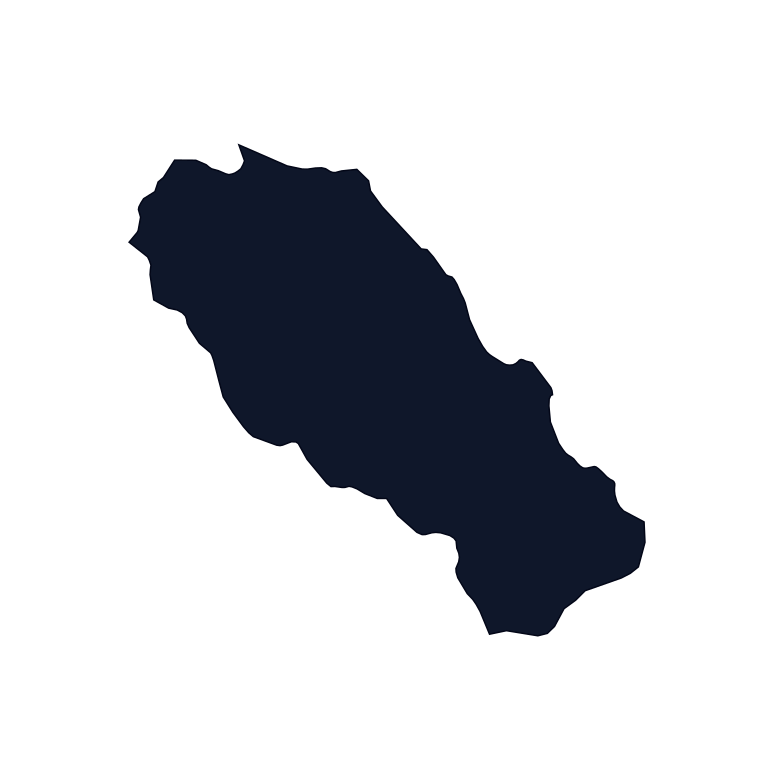 the border of Bumthang, rotated 151°
{"feature_id": "BTN-2480", "entity_name": "Bumthang", "entity_type": "District", "adm_level": 1, "iso_a3": "BTN", "parent_name": "Bhutan", "parent_adm1": "", "projection": "equal_earth", "projection_center": [90.682, 27.708], "detail": "fine", "context": "isolated", "style": "filled", "palette": "ink", "viewbox_px": 768, "rotation_deg": 151, "n_neighbors": 0, "source": "natural_earth", "source_scale": "10m", "svg_char_len": 2302}
<svg xmlns="http://www.w3.org/2000/svg" viewBox="0 0 768 768"><g transform="rotate(151 384 384)"><path d="M250.2,100.7L260.3,99.0L270.4,99.3L308.3,105.7L321.2,102.0L335.5,100.2L352.4,89.3L362.0,86.7L371.5,89.2L396.5,108.9L413.0,114.0L410.2,138.5L410.2,146.4L410.8,152.7L412.8,160.3L413.4,178.7L412.1,184.5L410.5,187.8L404.8,192.3L402.1,195.8L400.6,199.7L399.9,205.1L397.0,211.8L397.6,215.4L399.8,219.5L406.6,226.4L410.6,229.1L414.3,230.7L420.8,232.3L423.7,233.8L427.1,238.3L435.7,262.5L437.2,282.6L445.4,287.2L453.9,297.5L458.4,305.3L461.8,309.5L464.2,311.5L468.3,312.5L470.8,313.8L476.6,318.2L480.1,320.0L482.1,325.0L487.8,355.3L487.8,373.5L489.1,376.0L493.0,378.4L502.2,379.7L504.8,380.5L507.5,382.5L523.8,401.3L525.9,406.9L527.6,414.8L529.9,432.5L530.9,450.6L526.8,466.9L521.5,487.2L520.6,492.4L520.5,495.3L525.7,509.1L527.1,527.7L526.7,532.5L525.2,536.5L524.7,539.9L525.9,544.2L529.0,549.0L535.6,554.8L544.6,569.2L535.6,593.0L532.9,597.2L530.2,600.9L529.3,606.1L529.1,609.8L538.2,631.6L526.4,636.2L524.5,637.5L516.0,647.9L514.2,655.6L512.5,657.7L508.8,660.2L504.4,662.6L491.1,663.3L483.6,670.2L476.8,671.5L458.6,681.3L440.1,670.9L433.2,661.9L431.9,658.5L430.5,655.8L425.5,650.9L420.6,644.6L418.2,642.3L414.7,641.2L411.9,640.8L408.6,641.0L404.9,641.6L401.0,644.1L397.8,646.8L395.0,663.5L363.0,621.7L351.3,611.6L346.8,609.0L339.2,606.1L333.7,603.3L330.7,600.6L328.1,595.9L326.3,593.9L324.0,592.5L318.0,591.0L303.7,584.9L299.0,569.2L302.2,559.4L299.7,539.7L286.0,484.1L281.3,480.7L279.2,470.9L276.9,449.6L275.5,447.4L272.7,444.6L272.0,441.3L271.9,435.5L272.9,426.2L273.1,420.0L273.7,415.5L278.0,398.7L279.6,378.3L279.5,369.1L278.7,362.3L277.5,358.6L276.1,355.7L269.4,343.7L267.7,341.5L265.0,339.6L261.9,338.2L258.6,338.0L256.0,338.5L254.0,339.2L252.2,339.0L250.5,337.5L248.9,335.3L244.1,330.8L239.8,299.9L240.3,296.7L241.8,292.9L243.7,293.1L246.8,290.8L250.4,284.9L256.9,270.1L260.0,247.5L259.4,240.0L258.7,235.5L257.4,232.4L255.8,229.7L254.4,226.6L253.4,220.9L252.4,217.4L250.8,214.3L249.1,212.9L247.2,212.0L240.2,209.9L238.8,208.7L237.5,205.9L235.8,200.8L234.2,194.8L232.6,191.2L230.8,188.5L230.3,186.8L230.5,185.0L231.3,183.5L232.6,181.6L234.3,178.7L235.9,174.8L237.5,167.8L237.4,162.3L236.1,156.9L223.4,137.3L232.5,119.0L250.2,100.7Z" fill="#0f172a" stroke="#020617" stroke-width="1.5"/></g></svg>